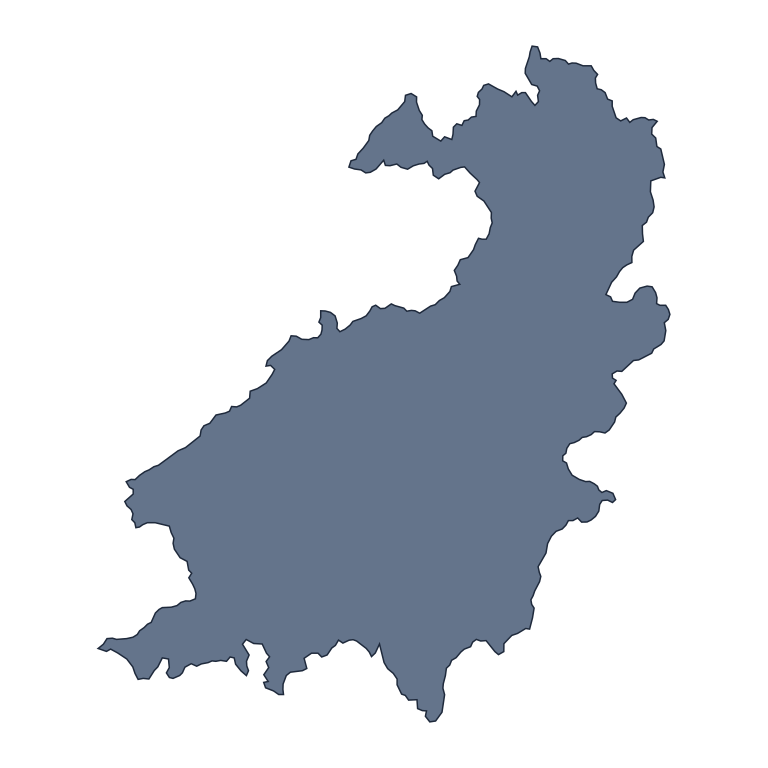 the district of Iporanga, São Paulo, Brazil
{"feature_id": "56859067B48219000211613", "entity_name": "Iporanga", "entity_type": "district", "adm_level": 2, "iso_a3": "BRA", "parent_name": "Brazil", "parent_adm1": "São Paulo", "projection": "robinson", "projection_center": [-48.552, -24.49], "detail": "fine", "context": "isolated", "style": "filled", "palette": "slate", "viewbox_px": 768, "rotation_deg": 0, "n_neighbors": 0, "source": "geoboundaries", "source_scale": "gbopen_adm2", "svg_char_len": 6085}
<svg xmlns="http://www.w3.org/2000/svg" viewBox="0 0 768 768"><path d="M126.2,481.7L129.5,487.3L133.2,489.3L133.2,494.0L124.8,501.5L127.0,505.9L131.1,509.5L133.0,513.8L131.8,519.6L134.8,522.7L135.9,527.7L139.5,527.0L142.7,524.7L147.3,522.7L155.2,522.7L169.3,526.1L171.2,532.6L173.9,538.2L173.1,543.4L174.4,549.2L180.1,557.7L187.1,561.4L188.7,570.1L191.7,573.2L188.8,577.8L192.6,584.1L194.8,588.8L196.0,593.5L195.4,598.8L189.8,601.1L185.6,600.9L180.9,602.4L177.0,605.6L171.2,607.2L162.3,607.6L159.1,609.4L155.4,613.0L151.2,622.4L147.5,624.2L144.1,627.6L139.6,630.8L137.3,634.5L133.0,637.2L126.7,638.6L116.5,639.4L112.5,638.2L107.0,638.6L103.4,644.2L98.1,648.5L106.5,651.4L110.6,649.1L117.6,652.9L126.8,659.0L132.8,666.9L135.0,673.4L138.1,679.4L143.2,678.4L148.9,679.0L154.3,670.5L157.8,666.9L162.3,657.9L168.5,659.0L169.3,667.6L166.4,672.9L169.4,677.5L173.0,678.4L179.7,675.5L182.4,672.8L184.9,667.2L191.2,663.7L196.7,666.2L201.4,663.9L208.2,662.6L212.0,660.9L215.8,661.3L220.7,660.4L226.5,661.3L230.1,657.0L234.2,657.9L235.6,664.2L241.0,670.9L246.4,675.6L248.5,670.7L246.8,666.0L246.5,661.2L249.1,655.0L242.5,644.2L246.2,639.5L253.7,643.5L262.2,644.0L266.5,653.2L269.6,656.8L266.1,661.5L268.7,667.6L263.8,674.7L268.2,681.5L263.7,682.4L265.6,687.8L273.5,690.9L278.7,694.5L283.5,694.5L282.9,689.4L283.1,684.0L286.3,675.5L290.4,672.2L302.4,670.7L306.8,668.5L304.1,658.3L311.5,653.2L318.0,653.2L321.7,657.0L327.1,655.0L331.8,648.0L335.4,645.4L338.5,640.1L342.9,643.1L349.1,640.2L353.1,639.7L356.6,641.0L366.2,648.4L369.3,652.1L371.5,656.6L375.3,653.0L379.5,644.0L384.1,662.6L387.7,668.7L393.3,673.4L397.1,679.0L397.1,684.8L401.6,694.1L405.3,695.4L408.6,700.1L417.0,699.7L417.6,708.6L422.3,710.6L426.5,710.9L425.4,716.3L429.8,721.9L435.6,721.0L442.0,712.2L444.6,694.7L442.9,688.2L443.3,683.7L445.4,675.6L446.4,668.2L449.7,665.1L451.6,660.3L456.1,657.7L460.9,652.0L464.3,649.1L470.6,646.7L472.6,642.2L476.3,639.4L480.7,641.0L486.1,640.6L494.9,651.6L498.5,654.6L503.8,651.6L503.9,643.7L511.8,635.4L517.6,633.4L525.7,628.5L529.6,629.1L532.5,617.9L534.1,608.1L531.7,604.4L530.9,599.8L533.1,595.7L534.7,591.0L539.6,581.6L540.8,576.4L539.3,572.4L538.1,566.7L546.0,553.0L547.6,543.6L551.4,536.2L556.1,531.3L562.2,529.0L565.9,525.2L568.4,520.6L572.9,520.6L577.7,518.0L581.6,522.1L587.0,522.0L591.1,520.0L595.5,516.4L598.8,511.1L599.7,504.4L602.2,500.5L607.6,500.1L612.5,502.5L615.6,499.6L612.9,493.3L606.3,490.6L601.9,492.5L598.8,489.9L597.4,486.2L594.1,483.7L589.7,481.4L585.6,481.6L579.2,479.4L572.1,475.2L568.3,468.9L566.5,463.0L562.7,460.8L562.8,455.8L565.9,453.2L566.8,448.4L569.8,443.7L574.2,442.6L579.0,440.3L582.2,437.4L586.6,436.7L591.2,434.6L594.5,431.6L599.7,431.8L605.0,433.0L609.2,430.0L614.6,422.0L615.8,417.1L620.0,413.2L624.1,408.1L626.4,403.1L621.8,394.3L614.0,383.8L616.1,380.4L612.5,378.1L612.2,373.9L617.0,371.0L621.8,371.4L633.5,360.5L638.7,359.9L651.7,353.2L653.7,349.0L661.0,344.5L664.1,340.9L665.8,330.6L664.3,322.7L668.2,319.4L669.9,314.4L668.4,309.5L665.7,305.3L659.9,305.3L656.6,303.6L657.0,297.8L655.6,292.6L652.1,286.8L647.1,286.1L639.8,288.1L635.1,293.1L632.6,299.3L626.9,302.3L619.7,302.3L612.5,301.3L610.6,296.9L605.9,294.6L611.6,282.3L616.5,276.9L619.5,271.6L622.7,267.7L626.8,264.9L631.9,262.5L631.8,256.5L633.6,250.2L643.4,241.4L642.5,233.8L642.3,225.5L646.5,222.2L648.3,217.2L652.7,212.7L654.1,206.9L653.1,200.1L650.4,191.8L650.8,180.9L660.8,177.3L664.8,177.9L662.9,172.0L664.4,164.4L660.8,149.0L656.9,146.5L655.7,138.0L651.7,134.1L652.0,127.6L657.2,121.3L653.3,119.4L648.7,120.0L645.0,117.7L641.1,117.5L633.2,119.7L629.8,122.4L626.5,118.0L620.7,120.9L616.1,117.8L612.2,106.3L612.2,100.9L607.6,99.1L605.1,92.6L601.2,89.7L597.2,88.8L595.6,83.0L595.4,78.0L597.6,74.4L593.8,70.4L591.2,65.8L583.0,65.8L576.2,63.2L572.0,63.0L568.5,64.1L565.3,60.5L558.3,58.5L553.1,58.7L549.8,61.4L546.1,58.7L540.9,58.7L540.0,53.1L537.6,46.9L532.1,46.1L530.1,52.0L529.3,56.8L525.4,68.4L525.2,73.3L531.7,84.5L537.2,86.1L539.6,90.8L537.6,95.3L538.4,101.6L534.9,105.4L531.4,101.4L525.4,92.6L521.8,92.6L517.7,95.1L516.0,91.3L511.9,96.8L504.0,91.7L497.6,89.0L488.5,83.9L483.7,85.4L482.0,89.0L478.4,92.4L477.2,96.4L479.6,99.5L479.5,104.8L476.3,111.1L476.0,116.4L471.4,117.1L468.2,120.0L464.2,120.7L461.9,125.4L456.8,123.8L453.4,127.2L453.0,134.3L451.8,139.5L444.6,136.8L440.8,141.1L432.7,136.2L431.9,130.8L428.1,127.9L424.6,124.0L421.9,119.6L422.3,115.3L419.3,110.5L416.5,102.1L416.6,96.9L411.1,93.5L405.5,95.3L404.7,101.6L397.7,109.9L391.7,113.1L389.0,115.7L384.8,118.2L381.7,122.7L376.3,126.5L372.6,131.0L369.7,135.3L368.8,140.5L363.1,148.3L357.9,153.9L356.0,159.3L351.0,160.8L348.9,167.1L354.5,169.0L361.0,169.9L365.7,172.9L370.3,172.3L376.1,169.0L383.7,160.2L385.4,165.4L390.0,165.7L396.8,164.0L401.0,167.3L407.6,169.2L413.3,165.8L419.1,164.0L424.0,163.4L427.2,161.3L429.0,165.1L432.5,168.5L433.3,175.2L438.7,178.8L444.7,174.3L450.1,172.7L453.0,170.1L460.7,167.4L464.6,166.9L470.0,173.0L477.2,179.7L479.5,182.6L475.0,191.2L477.2,196.3L483.9,201.0L491.4,212.5L491.2,218.1L492.2,222.9L490.3,227.6L489.1,233.8L486.2,239.2L482.0,239.2L478.5,238.3L475.3,244.6L473.5,249.7L468.0,257.6L460.3,259.7L457.8,265.3L454.3,270.4L456.6,276.2L457.1,281.0L459.8,284.3L451.4,286.6L449.9,291.5L444.3,297.7L439.4,300.5L435.2,304.7L430.6,306.1L419.7,313.2L415.1,310.8L411.4,310.4L406.8,311.2L403.8,308.1L394.8,305.6L391.3,303.9L385.0,308.3L380.4,308.6L375.7,305.2L372.1,306.8L369.9,310.9L366.2,315.8L361.2,318.5L352.9,321.4L350.2,325.0L345.2,329.1L339.9,331.7L336.9,328.4L337.3,323.1L335.1,315.9L330.5,312.4L325.3,311.0L320.7,310.8L320.7,317.6L318.9,322.1L322.2,325.2L322.0,330.1L320.9,334.2L317.7,337.8L313.5,337.7L308.9,339.6L301.8,339.3L296.3,336.2L291.1,335.8L289.0,341.1L281.5,349.7L271.8,356.2L267.4,360.6L266.0,366.1L270.6,365.4L274.7,369.4L272.1,374.4L266.2,383.0L257.2,388.7L250.2,391.2L249.6,398.2L240.7,405.2L236.7,406.9L231.6,406.5L229.5,411.2L225.3,413.0L216.0,415.0L209.8,423.3L204.0,425.7L201.1,430.0L200.1,436.0L185.5,447.6L178.2,450.7L158.4,465.3L153.9,466.7L149.2,469.8L144.8,471.7L139.5,475.4L135.1,479.6L131.1,479.4L126.2,481.7Z" fill="#64748b" stroke="#1e293b" stroke-width="1.5"/></svg>